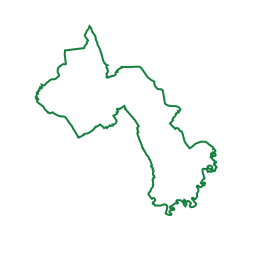 the district of Khu Mueang, Buri Ram, Thailand, rotated 140°
{"feature_id": "78962969B7360435516944", "entity_name": "Khu Mueang", "entity_type": "district", "adm_level": 2, "iso_a3": "THA", "parent_name": "Thailand", "parent_adm1": "Buri Ram", "projection": "robinson", "projection_center": [103.038, 15.283], "detail": "fine", "context": "isolated", "style": "outline", "palette": "green", "viewbox_px": 256, "rotation_deg": 140, "n_neighbors": 0, "source": "geoboundaries", "source_scale": "gbopen_adm2", "svg_char_len": 5747}
<svg xmlns="http://www.w3.org/2000/svg" viewBox="0 0 256 256"><g transform="rotate(140 128 128)"><path d="M171.4,156.0L172.2,152.7L171.1,152.6L171.1,152.0L166.2,151.2L166.1,151.6L165.3,151.5L163.8,150.6L161.2,149.4L155.7,148.9L152.1,149.8L151.9,149.3L147.0,148.6L146.9,146.8L146.4,145.1L146.4,143.2L144.1,142.8L144.2,141.5L140.3,141.7L140.1,140.7L139.2,140.5L138.3,139.7L137.6,140.5L137.3,139.9L134.3,139.5L132.5,140.4L132.1,140.9L131.2,146.8L127.2,145.9L126.6,147.4L125.2,146.9L124.3,149.6L123.4,149.2L122.9,148.8L122.9,148.5L122.5,148.4L122.5,147.9L116.6,147.3L117.4,144.4L117.9,144.4L117.6,132.2L117.8,131.0L117.6,130.0L118.5,123.4L118.5,122.6L121.1,122.1L121.3,120.8L121.7,120.8L122.6,118.7L122.9,118.7L122.9,118.1L124.0,118.2L124.6,117.3L125.4,115.5L125.8,113.6L126.2,113.3L128.4,106.3L129.2,105.0L129.6,103.5L129.4,103.4L129.6,102.4L129.9,102.5L130.4,98.5L131.0,95.8L130.9,92.6L131.8,90.4L131.6,89.5L133.7,83.9L135.0,83.8L134.7,81.0L135.8,80.7L136.1,78.5L137.4,78.0L137.8,77.3L138.6,76.7L138.9,76.2L138.7,74.7L139.2,74.2L139.3,73.4L140.6,73.7L141.1,72.7L141.9,72.4L142.4,72.6L144.7,68.8L145.0,68.4L145.4,68.4L145.4,68.1L145.9,67.6L147.2,66.9L149.5,66.4L151.6,65.1L153.1,65.1L153.6,64.7L154.5,64.6L155.0,64.0L155.3,58.7L155.2,58.4L154.3,58.4L153.4,57.9L153.1,57.3L153.2,56.0L153.8,55.0L156.7,54.9L157.6,54.4L157.7,53.9L157.2,53.7L156.8,52.7L157.3,51.4L152.9,47.6L149.3,46.3L148.5,45.3L148.1,44.2L148.2,43.2L148.8,42.1L151.2,40.2L154.0,38.4L153.8,37.2L152.0,34.5L150.9,33.8L150.2,34.0L150.0,34.7L150.3,36.8L150.0,37.4L149.4,37.7L148.3,37.6L146.7,36.5L145.5,35.8L144.8,36.0L144.4,37.5L144.8,38.0L146.1,38.2L146.8,39.0L147.1,39.9L146.6,40.7L146.1,40.7L144.0,40.1L141.0,40.1L139.6,39.8L139.1,39.5L139.0,38.5L138.4,38.3L137.8,38.8L137.9,40.9L137.5,41.2L137.0,41.2L135.0,39.7L133.8,38.2L133.7,34.4L134.5,33.5L134.4,31.2L133.6,31.6L132.8,31.5L131.5,32.7L131.4,33.2L132.5,34.4L132.7,35.1L131.8,36.6L131.0,36.9L130.8,36.3L131.1,35.4L131.0,34.9L130.4,34.2L128.8,33.4L128.3,32.4L128.0,30.5L128.3,29.7L129.7,29.3L130.7,28.7L131.0,28.0L130.9,27.3L130.4,26.6L129.0,25.6L126.3,25.2L125.2,25.6L124.5,26.4L124.7,28.7L124.4,30.5L124.6,31.8L124.3,33.0L123.7,33.2L123.0,32.6L122.7,30.7L122.3,30.3L120.7,30.5L118.9,31.2L117.3,33.6L115.0,34.2L113.7,35.4L113.2,36.2L113.2,38.3L112.7,39.2L111.9,39.2L111.5,39.0L110.9,36.7L110.2,35.8L107.6,35.7L106.3,35.0L104.7,36.1L104.4,36.7L104.6,37.3L105.2,37.5L107.0,37.4L107.5,38.0L107.6,39.1L104.1,40.3L102.3,40.1L101.7,40.2L101.4,40.9L101.4,41.8L100.5,42.8L100.0,44.6L99.0,46.5L97.3,48.5L96.2,48.2L95.2,46.9L93.6,46.1L93.5,45.7L94.3,45.0L94.4,44.2L95.0,43.8L95.1,43.4L94.8,42.9L93.2,42.3L92.8,41.0L92.3,40.8L91.0,40.9L90.5,42.4L90.5,42.8L91.2,43.3L91.8,44.8L92.3,45.3L92.2,46.9L91.6,47.4L89.6,46.9L88.5,44.9L88.6,43.9L90.0,42.7L89.9,41.9L90.1,40.1L89.8,39.6L88.6,39.3L87.6,40.4L85.3,41.0L85.1,41.5L85.5,42.2L85.2,43.5L85.7,44.4L85.6,44.9L84.7,45.5L83.8,45.0L83.0,44.9L82.5,45.2L82.3,45.6L82.5,46.2L83.3,46.6L82.9,48.0L83.3,48.7L83.4,50.0L82.4,51.2L82.4,51.5L83.5,52.1L83.6,52.5L82.0,53.1L81.3,54.6L80.9,55.0L79.6,54.7L78.9,55.0L78.6,54.3L78.7,54.0L80.7,53.4L80.7,51.9L79.6,50.7L78.3,50.8L77.8,51.9L78.2,53.0L78.0,53.5L77.4,54.0L76.2,53.9L75.5,54.7L75.6,56.5L76.5,57.1L75.5,57.8L75.3,59.1L75.9,60.5L76.1,62.4L76.7,63.5L76.6,65.1L77.4,67.0L77.3,67.5L78.8,68.9L81.2,70.7L85.2,72.2L86.8,72.6L90.7,72.4L93.8,72.8L93.7,78.1L93.4,80.6L93.0,82.0L90.2,87.7L89.1,90.8L90.0,92.1L89.8,95.3L90.5,96.5L91.3,96.9L92.4,97.0L92.4,99.3L92.7,99.5L93.0,104.4L92.1,104.8L91.3,104.6L88.7,105.0L88.4,105.9L87.8,106.0L87.4,106.5L85.8,106.8L84.1,106.8L82.5,107.5L82.4,108.1L81.3,108.2L79.3,107.3L78.9,108.6L78.5,108.0L76.9,108.1L76.8,108.5L75.9,108.6L75.8,111.1L76.2,112.3L77.2,113.9L80.0,116.3L82.4,118.8L83.5,120.8L84.0,122.9L77.3,134.2L77.3,135.4L77.5,136.1L80.1,138.6L80.3,139.4L80.3,142.6L79.2,145.4L78.9,145.8L78.2,146.1L78.1,146.4L78.3,147.5L79.3,149.6L80.2,153.5L80.3,154.8L79.5,162.8L79.3,166.1L79.9,167.5L80.7,168.4L84.9,171.7L87.0,173.0L87.5,173.7L88.6,174.5L93.7,179.0L94.3,178.3L97.2,179.2L97.9,178.8L98.9,178.9L99.9,177.7L100.2,178.1L100.2,178.7L101.1,178.2L101.8,178.5L103.0,177.0L104.5,176.8L105.5,177.4L106.0,177.4L106.6,178.1L107.1,178.1L107.5,178.5L108.6,178.7L109.5,179.4L110.0,179.2L110.5,179.3L110.6,179.7L111.7,180.0L111.8,180.7L110.7,181.5L109.9,183.2L109.1,183.2L108.2,183.8L107.1,184.0L106.2,186.2L105.8,186.2L105.6,187.2L105.7,188.0L105.4,188.5L105.4,188.8L104.3,189.6L103.9,189.7L103.5,189.5L104.3,191.7L104.2,193.8L103.0,197.1L101.4,200.1L100.1,203.6L99.0,205.9L98.0,209.7L97.8,211.5L96.6,213.2L95.9,216.2L94.2,218.8L93.8,221.1L93.6,224.3L92.0,228.7L92.0,230.8L94.4,229.3L96.7,229.1L99.4,227.7L101.4,227.0L102.1,224.8L102.4,220.6L104.0,220.4L105.3,219.2L108.7,218.5L110.2,217.4L126.4,227.9L129.1,225.2L134.4,217.0L135.1,217.0L136.3,218.4L137.1,218.8L141.4,219.1L143.1,218.8L144.1,218.1L145.9,216.1L146.7,212.9L147.4,212.3L152.0,212.2L153.1,212.7L155.1,214.3L157.1,214.8L161.2,214.8L164.9,214.4L165.2,215.0L165.6,215.2L166.3,216.5L166.6,215.6L167.9,215.2L167.9,214.8L168.5,215.1L168.8,215.5L169.1,214.9L169.3,215.4L169.5,215.2L169.3,214.8L169.7,215.0L170.2,214.7L170.5,215.0L171.2,214.4L172.1,214.1L172.1,213.8L172.8,214.1L173.1,213.7L174.0,213.8L174.4,212.9L174.8,213.1L174.7,212.7L174.8,212.4L175.1,212.5L175.3,212.3L175.6,212.7L177.1,211.9L177.6,210.8L177.8,210.5L178.2,210.7L178.1,210.0L178.5,209.7L178.9,209.8L178.6,209.0L179.4,209.3L179.4,208.9L179.6,208.1L179.3,207.8L179.7,207.8L180.0,207.4L179.8,207.1L180.7,206.6L180.4,204.1L179.9,202.5L179.1,198.9L179.6,196.0L179.4,191.2L178.8,191.0L178.7,189.7L175.6,188.3L175.7,187.8L175.3,186.5L173.5,182.2L171.9,179.9L170.1,178.5L169.5,177.6L169.0,175.8L169.6,170.6L169.8,165.3L170.6,162.3L170.7,160.3L171.4,156.0Z" fill="none" stroke="#15803d" stroke-width="2"/></g></svg>